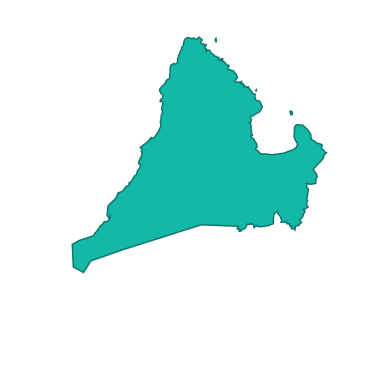 outline of Gazelle District, East New Britain, Papua New Guinea, rotated 40°
{"feature_id": "67681753B97447526422364", "entity_name": "Gazelle District", "entity_type": "district", "adm_level": 2, "iso_a3": "PNG", "parent_name": "Papua New Guinea", "parent_adm1": "East New Britain", "projection": "robinson", "projection_center": [151.83, -4.567], "detail": "fine", "context": "isolated", "style": "filled", "palette": "teal", "viewbox_px": 384, "rotation_deg": 40, "n_neighbors": 0, "source": "geoboundaries", "source_scale": "gbopen_adm2", "svg_char_len": 5924}
<svg xmlns="http://www.w3.org/2000/svg" viewBox="0 0 384 384"><g transform="rotate(40 192 192)"><path d="M269.7,75.5L267.9,76.1L266.4,75.5L264.3,75.4L262.8,75.0L262.2,74.4L262.1,72.9L261.7,72.4L261.0,72.3L258.7,73.0L256.2,74.4L253.5,74.2L250.4,74.8L249.2,74.6L248.2,73.9L246.0,71.6L242.4,70.4L239.6,69.9L234.5,69.6L233.3,70.0L231.6,71.4L230.0,72.0L229.1,73.1L228.7,74.0L228.6,75.3L229.6,77.6L231.9,80.1L234.4,83.9L237.0,85.4L239.3,86.4L240.9,86.7L242.2,87.9L242.7,88.6L243.1,90.6L243.0,92.5L241.9,95.4L239.5,99.1L238.3,101.7L237.3,103.3L234.0,106.9L232.9,108.6L232.2,108.9L229.9,111.6L228.7,112.5L224.4,115.2L221.4,117.8L219.3,118.8L216.8,118.1L215.1,118.4L213.2,118.2L212.7,117.5L212.9,116.4L212.8,115.5L210.4,113.5L208.0,112.7L206.8,112.8L205.8,111.8L204.0,111.7L202.6,112.4L201.6,111.9L201.1,111.5L201.0,111.1L201.8,110.4L201.8,109.6L201.6,109.3L199.8,108.6L199.1,108.1L198.0,106.4L197.4,106.3L195.6,104.8L195.3,103.8L194.9,103.4L194.1,103.0L193.1,102.1L191.6,102.2L191.4,102.0L192.1,101.0L191.7,99.7L190.3,97.9L188.8,97.3L188.2,96.6L188.3,96.0L189.1,95.4L190.2,93.5L190.1,92.4L190.3,91.5L191.0,90.7L191.1,89.4L192.0,88.1L192.2,85.2L191.0,81.5L185.9,79.0L184.9,79.1L183.6,80.2L183.0,80.4L181.6,80.4L180.5,80.0L178.7,78.3L177.5,76.5L176.4,77.2L174.7,77.4L173.3,76.5L172.1,76.5L170.3,76.3L168.2,75.7L167.4,75.1L167.2,75.2L167.3,76.2L167.0,76.7L165.2,76.5L163.9,78.0L163.4,77.0L161.9,76.2L161.2,76.7L160.6,76.8L160.0,77.5L159.5,77.8L159.1,74.7L158.8,76.1L158.4,76.7L155.8,79.0L154.4,79.6L153.7,79.3L153.2,78.6L153.4,77.6L153.3,75.3L153.1,74.9L150.3,73.4L149.4,73.3L147.7,73.6L146.8,72.8L145.9,72.5L145.0,73.4L142.3,73.8L141.5,74.6L140.6,74.7L140.1,74.3L139.6,73.3L139.7,72.3L138.9,71.3L138.4,71.3L137.5,72.6L134.8,71.7L131.4,71.7L131.0,71.8L130.4,72.8L130.1,72.9L130.4,71.1L129.9,70.1L129.6,70.1L128.5,71.4L128.4,72.5L128.0,73.1L127.5,73.5L126.8,73.5L126.1,71.7L124.5,72.6L123.3,72.5L122.4,73.3L119.9,73.0L116.7,73.2L114.9,72.2L114.2,72.1L113.1,73.0L112.8,73.9L113.0,74.9L112.1,75.3L111.4,73.3L109.0,73.2L108.4,72.6L108.7,70.7L108.3,70.0L107.4,70.9L106.6,71.2L105.4,71.2L104.7,72.1L102.9,72.1L102.2,71.4L102.3,70.2L102.1,69.1L101.7,68.8L98.1,68.8L97.7,69.3L97.7,70.2L97.4,71.0L97.5,72.2L97.1,72.6L94.6,72.8L92.4,75.4L91.2,75.4L90.1,75.9L89.3,76.8L88.5,79.1L88.5,80.4L90.2,84.0L91.1,85.0L91.3,85.6L91.0,87.1L91.1,87.7L92.6,90.0L92.5,91.8L93.8,94.7L94.0,96.4L94.9,97.2L95.0,98.8L97.5,101.9L97.6,104.1L97.0,104.8L95.9,104.8L95.5,105.2L94.3,108.2L94.4,108.7L95.0,109.3L95.4,110.7L96.3,112.2L98.1,114.0L99.8,117.0L100.8,117.9L101.9,119.4L100.8,122.1L100.8,123.6L101.4,125.7L101.5,128.0L101.1,129.8L101.2,133.8L102.3,135.5L102.8,135.6L103.5,135.5L105.0,136.5L107.2,136.4L108.1,137.0L108.9,138.9L108.6,141.1L108.8,142.3L109.4,143.0L110.2,142.8L111.3,141.5L111.9,141.5L112.6,142.3L114.5,146.4L115.8,148.3L116.4,148.8L117.7,148.8L119.1,151.9L119.0,152.8L121.6,156.3L122.1,157.6L123.2,159.2L124.8,160.3L126.0,161.6L126.3,162.4L126.3,163.9L126.7,164.7L127.0,166.2L127.5,167.4L127.7,171.8L128.1,172.7L128.0,174.3L127.2,176.3L126.7,176.8L125.6,176.6L125.7,178.1L126.1,179.3L125.5,181.7L125.3,184.7L124.6,186.6L123.7,191.2L124.2,191.4L125.6,190.7L126.3,191.0L126.8,193.1L127.2,193.7L128.5,194.1L128.9,194.6L129.2,195.6L130.6,197.7L130.6,199.1L131.0,200.0L131.9,203.5L132.4,204.1L133.7,204.7L134.9,204.2L135.2,204.3L135.9,205.4L136.5,207.4L136.5,210.7L138.2,213.8L138.3,214.6L137.8,215.9L137.7,217.0L138.6,222.6L139.1,223.3L138.0,224.8L138.0,225.7L139.5,227.3L139.1,228.3L138.2,229.3L138.0,230.4L138.2,232.3L138.1,234.3L138.4,235.0L138.3,236.3L136.8,238.6L136.8,239.0L137.0,239.7L135.9,240.1L136.7,241.9L137.5,245.4L137.6,247.6L136.7,254.2L136.7,255.9L136.9,256.7L137.8,258.6L139.4,260.6L141.7,264.3L143.0,264.9L144.1,264.9L145.1,265.4L145.2,265.0L144.3,263.9L144.3,262.7L145.9,264.5L146.2,265.5L146.2,268.1L145.8,269.6L143.8,271.3L144.2,273.9L143.6,277.5L144.1,279.8L144.0,281.8L144.3,282.6L144.3,284.3L143.9,286.0L144.3,287.3L144.7,287.9L144.7,288.8L136.8,301.6L135.6,304.7L135.8,305.2L135.3,305.8L134.4,308.0L133.8,308.9L149.3,325.7L160.6,323.4L158.8,309.7L175.5,281.6L220.3,211.0L248.6,189.2L249.2,188.3L250.0,188.9L250.0,190.9L250.1,191.1L250.9,191.1L251.3,190.3L251.9,190.4L252.2,190.0L252.8,189.9L253.2,190.4L253.1,191.4L253.2,191.8L253.3,191.8L254.1,190.8L254.6,190.6L254.1,189.1L255.2,187.8L255.9,186.1L255.8,184.1L255.4,183.4L255.6,182.7L254.8,181.8L254.8,181.3L256.7,180.2L257.1,179.7L257.1,179.2L256.7,178.6L257.1,178.3L258.3,178.4L258.8,177.5L259.3,177.6L260.5,177.7L261.3,178.4L261.5,179.0L262.4,179.6L262.5,179.5L262.0,177.8L262.1,177.6L262.4,177.9L263.3,177.3L263.3,176.0L263.4,175.8L263.8,176.1L265.4,175.6L267.4,174.0L272.1,168.7L274.6,164.1L270.2,158.1L269.0,155.7L269.9,151.9L270.3,152.4L271.0,152.6L271.6,153.2L272.5,153.7L273.4,153.6L274.9,153.9L276.5,154.4L277.2,155.1L278.2,155.4L279.3,156.8L279.6,158.0L279.9,157.9L281.0,156.3L281.8,155.7L282.4,155.7L283.4,154.1L283.7,154.7L285.2,155.3L286.9,153.7L287.3,154.2L288.8,155.0L289.5,154.9L290.1,154.0L290.5,155.1L291.7,156.1L292.2,156.1L292.7,155.3L293.5,155.0L294.8,154.9L294.6,154.8L294.7,153.7L294.4,153.1L293.5,152.9L293.3,152.2L294.0,150.4L295.2,149.2L295.1,147.4L295.5,144.9L292.5,144.5L292.7,139.8L292.3,138.6L291.7,137.7L291.3,135.1L290.8,134.1L290.1,133.8L288.4,133.7L289.8,131.6L290.5,128.8L290.2,128.6L289.8,128.9L289.0,128.7L287.1,127.2L286.0,124.4L285.0,124.3L279.7,115.5L278.8,114.9L277.4,114.6L276.9,115.0L275.2,112.5L274.1,112.0L277.6,110.1L281.3,105.9L278.8,102.8L278.3,101.1L278.3,99.8L275.6,98.2L270.3,96.8L270.6,87.6L271.0,86.5L270.8,83.5L270.9,81.9L270.3,81.1L269.5,78.7L269.7,75.5ZM218.2,69.2L218.8,68.7L218.8,67.6L218.4,67.2L217.1,66.3L216.2,66.3L215.3,66.8L215.3,67.3L215.5,67.7L218.2,69.2ZM113.9,61.5L114.0,61.2L113.3,60.3L112.7,60.2L112.3,60.5L112.5,61.0L113.9,61.5ZM176.1,73.4L176.3,72.9L175.5,72.4L175.6,73.3L176.1,73.4ZM111.8,59.8L112.1,59.4L111.5,58.3L111.5,59.6L111.8,59.8Z" fill="#14b8a6" stroke="#0f766e" stroke-width="1.5"/></g></svg>